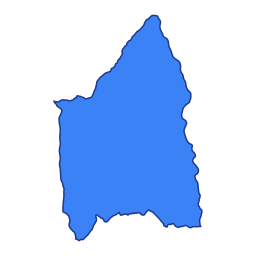 the district of Tipacoque, Boyacá, Colombia
{"feature_id": "7082276B13744677473315", "entity_name": "Tipacoque", "entity_type": "district", "adm_level": 2, "iso_a3": "COL", "parent_name": "Colombia", "parent_adm1": "Boyacá", "projection": "robinson", "projection_center": [-72.693, 6.427], "detail": "fine", "context": "isolated", "style": "filled", "palette": "blue", "viewbox_px": 256, "rotation_deg": 0, "n_neighbors": 0, "source": "geoboundaries", "source_scale": "gbopen_adm2", "svg_char_len": 5810}
<svg xmlns="http://www.w3.org/2000/svg" viewBox="0 0 256 256"><path d="M54.1,101.3L54.4,102.4L55.8,103.7L56.6,105.0L56.9,105.8L57.5,106.4L58.9,107.3L61.0,109.0L61.6,109.7L61.9,110.6L61.8,111.8L60.1,115.6L59.2,117.5L59.0,119.1L59.3,123.3L60.0,126.5L60.2,129.2L60.2,131.4L60.0,133.5L59.8,138.8L60.1,140.9L60.4,143.8L59.3,150.1L59.6,153.3L60.0,155.3L60.2,156.8L60.3,158.5L60.0,160.5L59.6,162.4L59.5,165.4L60.2,168.5L60.6,174.3L60.7,177.0L61.1,180.3L61.8,181.8L62.5,182.9L62.9,185.6L64.0,188.7L64.0,190.3L63.8,191.9L64.0,195.2L63.6,200.2L63.3,201.8L63.2,204.9L62.9,207.1L63.0,207.8L62.9,210.7L63.0,211.6L63.5,212.3L65.1,212.8L66.4,213.7L67.2,214.4L68.7,215.9L69.0,216.7L69.8,220.0L69.9,220.8L69.8,221.4L69.3,223.0L69.1,224.2L69.0,225.0L69.2,226.2L69.6,226.6L70.3,228.3L71.6,229.7L73.1,231.3L74.0,231.9L74.9,233.1L75.4,234.7L75.4,235.6L75.9,237.5L76.0,238.1L75.7,239.0L76.4,239.1L77.3,239.4L77.7,239.7L78.9,240.6L79.2,240.6L79.7,240.4L80.4,239.7L81.7,239.3L81.9,239.3L82.3,239.6L82.8,239.7L83.7,239.1L84.2,238.3L85.0,237.5L85.5,237.1L85.7,236.9L87.4,235.4L87.8,235.0L88.7,233.5L89.2,233.1L90.0,231.8L91.3,230.2L91.9,229.8L92.2,229.4L92.5,228.3L93.8,225.1L94.2,224.4L94.7,223.8L96.3,220.8L96.4,220.4L96.5,219.1L96.0,217.0L95.9,216.0L96.0,215.0L96.1,214.9L97.7,215.2L98.6,216.3L99.3,216.5L99.7,216.9L100.3,217.5L101.0,218.1L102.3,218.4L102.8,218.8L103.5,219.5L103.9,220.5L104.4,221.4L105.4,221.9L105.6,221.9L106.1,221.8L106.4,221.9L107.8,221.1L108.3,220.4L110.2,218.1L111.1,217.5L113.3,215.8L114.3,215.2L115.9,214.8L117.7,213.4L118.5,213.1L119.0,212.5L119.3,212.5L119.6,213.7L120.0,214.1L120.4,214.9L120.6,215.1L121.3,215.1L122.5,214.9L124.3,214.1L126.9,214.2L127.4,214.3L127.7,214.5L127.7,214.9L127.9,215.1L128.3,214.9L128.5,214.5L129.2,213.9L129.6,213.7L130.1,213.7L130.6,213.9L131.2,213.9L131.6,213.8L132.6,213.0L132.7,212.9L133.2,213.3L134.1,213.6L134.7,213.3L135.2,212.8L135.7,212.9L136.3,213.3L137.9,212.8L138.2,212.6L138.6,212.6L140.3,213.2L140.5,213.4L140.9,214.3L142.3,215.0L142.8,214.9L143.7,215.1L144.0,215.0L144.4,214.6L145.1,213.7L145.7,212.7L146.4,212.0L147.1,211.1L148.3,210.1L148.5,210.1L148.9,210.2L149.2,210.5L149.8,210.8L150.2,210.9L150.7,211.2L150.9,211.5L152.2,211.6L153.3,212.6L153.7,212.8L154.0,213.5L154.7,214.0L158.4,217.8L158.8,218.1L159.6,219.2L160.4,220.1L161.3,221.3L161.6,221.7L161.9,221.9L163.7,223.9L163.6,225.1L163.8,225.5L165.3,226.5L165.9,226.8L166.1,226.7L167.2,226.9L167.3,226.8L167.2,226.3L167.7,225.2L168.1,224.8L168.9,224.4L170.4,224.2L170.9,224.5L171.5,224.3L172.2,223.6L172.7,223.6L173.5,223.6L173.7,223.8L175.4,226.2L175.7,226.1L176.2,226.5L178.1,227.4L178.4,227.4L180.5,226.6L181.9,226.5L182.4,226.5L185.2,225.5L185.6,225.5L186.3,225.8L187.2,225.9L187.8,226.5L189.0,227.2L190.4,227.7L190.7,227.7L191.6,227.3L192.5,226.8L193.4,226.7L193.7,226.6L194.3,226.8L195.0,226.5L196.8,226.8L200.7,226.4L200.4,225.8L200.0,224.7L199.7,221.2L199.6,219.8L199.8,219.1L200.9,216.3L201.2,215.2L201.9,211.8L201.9,210.6L201.8,210.3L199.9,208.3L199.5,207.0L199.2,206.4L198.6,205.9L198.4,205.5L198.3,205.0L198.3,203.9L198.4,203.2L198.5,202.6L199.1,200.9L199.3,199.3L200.0,196.8L200.1,195.1L199.9,194.6L199.4,194.0L199.1,193.2L198.8,192.5L198.3,188.6L198.0,184.5L197.7,183.1L197.5,182.4L197.1,181.7L195.8,179.9L195.4,178.7L194.9,176.6L194.9,176.1L195.0,175.5L195.2,175.1L197.4,173.7L197.6,173.4L198.0,172.7L198.4,171.0L198.5,169.7L198.3,169.2L197.8,168.2L195.7,165.2L195.2,164.8L194.7,164.5L194.4,164.1L193.7,163.1L192.8,161.7L192.7,161.2L192.7,160.7L192.9,159.7L193.1,159.1L193.8,158.0L194.9,157.1L195.2,156.6L195.4,156.1L195.4,155.6L195.2,154.8L195.0,154.2L194.5,153.3L194.0,152.6L192.9,151.6L192.5,151.0L192.0,149.9L191.9,148.6L192.0,147.2L192.3,146.6L192.4,145.9L192.2,145.3L191.6,144.5L189.3,143.5L188.1,142.4L186.6,139.9L186.2,138.9L185.1,135.6L185.0,134.8L184.6,134.0L184.1,131.8L184.0,130.8L184.3,129.2L184.9,127.6L186.3,124.3L186.6,123.4L186.6,122.7L186.4,122.0L186.1,121.4L184.9,120.1L182.6,118.5L182.0,117.7L181.7,116.6L181.7,114.1L182.6,110.4L183.2,108.1L183.7,107.4L185.1,105.7L187.2,103.9L188.5,103.0L189.4,102.3L190.1,99.9L190.4,99.2L190.8,97.8L190.8,94.3L190.6,93.1L189.9,92.1L187.9,90.1L187.0,88.6L186.4,87.1L186.0,85.5L185.6,82.8L185.0,81.2L183.6,78.7L183.2,76.1L182.5,74.3L181.4,72.7L180.7,71.2L180.4,69.2L180.6,65.7L180.4,64.6L179.6,62.3L178.3,60.8L175.7,59.2L173.9,57.8L172.8,56.3L172.2,54.7L171.3,51.8L170.6,49.9L168.9,46.4L168.7,45.1L168.3,41.7L167.8,40.3L167.2,39.1L166.5,38.4L164.3,37.2L163.6,36.7L163.2,35.9L162.5,33.7L161.0,30.9L160.6,30.0L160.2,28.7L159.9,27.0L159.8,25.9L160.3,23.7L160.5,22.4L160.4,21.4L159.9,20.2L158.4,18.1L157.4,16.0L156.9,16.0L155.3,15.5L153.6,15.4L153.0,15.4L151.9,15.7L151.1,16.2L148.2,19.1L147.1,19.4L146.3,20.0L145.8,20.9L144.9,22.3L143.5,25.7L143.3,26.0L142.4,26.9L139.9,29.7L138.6,30.7L137.1,31.6L134.1,35.3L132.5,36.6L131.9,37.6L131.5,38.7L130.9,40.0L129.9,40.5L129.1,40.8L128.4,41.3L128.3,41.5L128.1,42.0L127.3,42.5L127.0,43.2L127.0,43.7L126.5,45.0L125.9,45.7L124.7,46.4L124.1,47.6L123.0,48.8L122.8,49.4L122.4,50.0L122.2,50.5L122.0,51.7L122.2,52.7L122.4,53.5L122.4,53.8L122.2,54.4L119.8,58.4L119.2,58.9L118.6,59.6L118.0,60.2L117.8,60.6L117.5,62.1L117.2,63.0L116.0,63.6L115.5,64.0L115.3,65.1L115.0,65.9L114.3,66.8L113.0,68.0L112.1,68.2L111.4,68.7L111.1,69.3L111.0,70.2L110.6,71.2L110.2,71.5L109.6,71.7L106.4,72.7L105.2,73.3L100.4,77.3L99.6,78.1L97.4,80.9L97.0,81.6L96.2,85.8L96.0,86.2L95.8,86.5L95.8,87.3L95.7,88.3L94.6,90.1L93.3,93.8L92.7,94.9L92.4,95.9L91.6,97.2L89.6,97.8L88.7,98.0L86.7,98.8L86.2,98.9L85.2,98.6L83.9,97.7L82.9,97.3L81.7,97.0L80.4,96.4L78.2,95.9L77.4,95.8L77.0,95.9L76.5,97.7L75.7,97.5L73.1,99.7L69.9,101.0L69.6,101.0L68.9,100.6L67.6,100.3L66.1,100.0L64.3,100.0L62.8,99.8L61.9,100.0L60.5,100.6L59.1,101.5L58.4,101.8L57.3,101.8L55.4,101.6L54.7,101.5L54.1,101.3Z" fill="#3b82f6" stroke="#1e3a8a" stroke-width="1.5"/></svg>